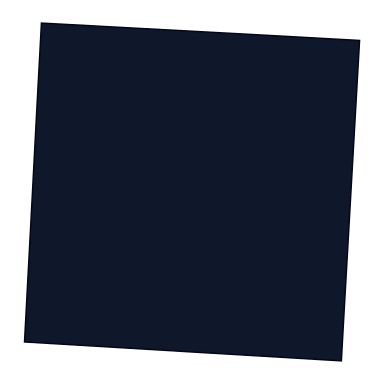 Maracó, La Pampa, Argentina (Natural Earth projection), rotated 183°
{"feature_id": "61730980B39039474647755", "entity_name": "Maracó", "entity_type": "district", "adm_level": 2, "iso_a3": "ARG", "parent_name": "Argentina", "parent_adm1": "La Pampa", "projection": "natural_earth1", "projection_center": [-63.664, -35.679], "detail": "fine", "context": "isolated", "style": "filled", "palette": "ink", "viewbox_px": 384, "rotation_deg": 183, "n_neighbors": 0, "source": "geoboundaries", "source_scale": "gbopen_adm2", "svg_char_len": 405}
<svg xmlns="http://www.w3.org/2000/svg" viewBox="0 0 384 384"><g transform="rotate(183 192 192)"><path d="M32.6,352.1L95.5,352.3L291.5,352.7L350.3,352.8L350.5,352.8L351.2,352.8L351.2,337.7L351.3,272.9L351.3,163.2L351.4,36.1L351.4,33.5L350.7,33.5L164.0,32.1L34.0,31.2L34.0,31.6L34.0,32.0L33.9,72.2L33.6,136.3L33.3,201.7L32.9,287.9L32.6,352.1Z" fill="#0f172a" stroke="#020617" stroke-width="1.5"/></g></svg>